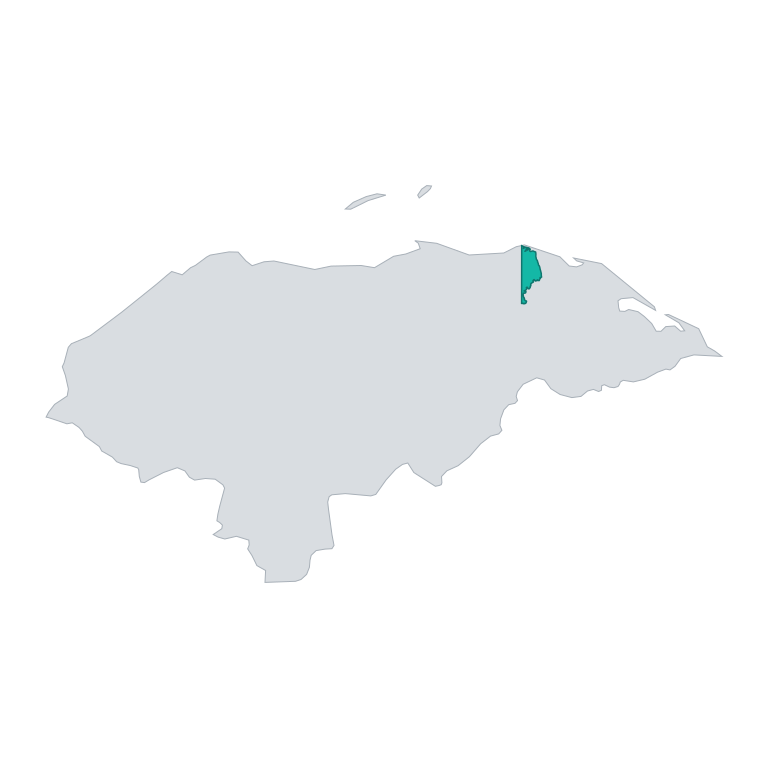 Juan Francisco Bulnes, Gracias a Dios, Honduras (highlighted)
{"feature_id": "27666195B12686081930969", "entity_name": "Juan Francisco Bulnes", "entity_type": "district", "adm_level": 2, "iso_a3": "HND", "parent_name": "Honduras", "parent_adm1": "Gracias a Dios", "projection": "orthographic", "projection_center": [-84.929, 15.724], "detail": "fine", "context": "in_parent", "style": "filled", "palette": "teal", "viewbox_px": 768, "rotation_deg": 0, "n_neighbors": 0, "source": "geoboundaries", "source_scale": "gbopen_adm2", "svg_char_len": 6801}
<svg xmlns="http://www.w3.org/2000/svg" viewBox="0 0 768 768"><path d="M721.9,356.4L693.9,354.9L680.7,358.5L675.0,366.3L670.0,369.9L665.9,369.1L657.5,372.2L644.8,379.2L633.4,381.9L623.2,380.3L620.3,382.0L619.5,384.3L618.0,386.5L614.0,387.7L609.5,387.1L604.4,384.7L601.7,385.7L601.4,390.3L598.6,391.5L593.4,389.4L587.5,391.0L581.0,396.4L571.9,397.6L560.1,394.5L550.9,388.7L544.5,380.0L536.7,377.8L523.1,384.3L517.4,391.8L516.2,396.4L517.5,400.6L515.0,403.3L508.7,404.7L503.9,409.8L500.6,418.7L499.9,425.5L501.9,430.3L498.7,433.9L490.5,436.1L480.7,443.7L469.4,456.7L458.1,465.7L446.9,470.8L441.5,476.5L441.9,482.8L441.2,484.7L439.1,485.5L435.4,486.3L413.9,472.6L407.8,463.0L402.5,464.4L395.7,469.2L386.1,479.9L375.8,494.4L370.8,495.9L345.3,493.6L331.8,494.8L329.1,496.7L327.7,502.0L328.5,509.2L332.0,534.9L334.0,545.4L331.9,548.7L325.0,549.1L316.1,550.6L311.2,555.3L310.0,560.3L309.4,567.3L306.6,574.4L301.0,579.5L295.5,581.3L265.0,582.4L265.6,570.5L256.9,565.6L252.0,555.6L247.7,548.9L249.2,544.9L248.8,540.1L236.4,536.3L224.8,539.0L218.1,537.1L213.2,534.5L221.8,528.7L222.4,525.1L219.7,522.5L216.9,520.8L217.9,514.1L219.7,506.3L224.6,488.1L222.9,484.8L215.2,479.2L205.4,478.5L194.6,480.1L189.4,477.2L184.9,470.9L177.3,467.7L163.5,472.5L149.0,479.9L144.5,482.6L140.9,482.1L139.3,476.4L138.7,469.7L137.8,468.0L130.2,465.5L121.2,463.6L116.6,461.7L112.4,457.1L101.7,451.0L99.4,446.6L85.2,436.3L82.4,431.2L79.1,427.5L72.3,422.8L66.9,423.8L48.8,417.7L46.1,417.1L48.7,412.1L54.6,404.4L67.2,396.0L68.4,389.0L65.4,375.5L62.3,366.7L64.1,362.9L68.3,347.3L71.4,343.7L89.6,336.1L91.3,335.0L105.7,324.2L121.7,312.2L138.3,298.9L156.8,284.0L167.0,275.3L171.7,271.5L182.2,274.8L190.6,267.7L195.4,265.4L206.7,257.0L210.2,255.1L229.0,251.9L238.1,252.1L245.9,260.9L252.1,265.7L264.0,261.8L273.9,261.0L314.8,269.5L331.1,266.1L361.1,265.5L374.5,267.7L393.6,256.3L405.8,254.0L420.2,248.7L418.3,243.2L414.8,240.7L436.7,243.3L469.1,255.0L503.8,253.0L516.3,246.7L524.4,244.9L559.9,256.8L569.2,266.0L576.6,266.9L582.2,264.8L583.7,262.9L576.7,260.9L573.6,258.0L601.6,263.6L654.4,306.8L655.6,310.4L633.0,297.6L621.1,298.7L618.0,300.8L618.7,307.8L619.8,311.1L624.9,311.4L628.7,309.5L638.0,311.7L644.2,316.4L651.7,323.5L656.2,331.2L661.0,331.3L665.8,326.6L674.7,326.0L680.6,331.2L684.7,330.8L678.9,322.8L665.3,314.8L668.5,314.5L698.7,328.7L707.3,346.8L714.5,350.9L721.9,356.4ZM368.1,200.6L350.7,209.2L345.3,209.0L353.3,202.3L366.2,196.6L377.0,193.8L385.9,195.1L368.1,200.6ZM427.5,191.6L419.2,198.0L417.7,195.1L421.7,189.1L426.7,185.6L431.5,186.0L430.4,188.6L427.5,191.6Z" fill="#d9dde1" stroke="#a8b0b8" stroke-width="1"/><path d="M535.6,252.0L535.4,251.9L535.0,251.8L534.6,251.7L534.2,251.5L533.5,251.2L533.2,251.0L532.8,251.0L532.5,251.0L532.2,251.1L531.9,251.2L531.5,251.3L531.1,251.4L530.8,251.4L530.5,251.5L530.2,251.3L529.9,251.2L529.7,251.0L529.7,250.8L529.7,250.5L529.7,250.3L529.8,249.9L530.1,249.5L530.2,249.2L529.9,248.9L529.7,249.0L529.4,249.2L529.2,249.1L528.7,249.1L528.3,249.0L528.1,249.0L527.9,248.9L527.7,248.8L527.5,249.0L527.6,249.3L527.6,249.6L527.7,249.9L527.6,250.0L527.4,249.8L527.2,249.7L526.7,249.9L526.5,250.0L526.3,250.2L526.1,250.5L526.0,250.8L525.9,250.8L525.9,250.6L525.7,250.7L525.6,250.8L525.5,251.0L525.3,251.2L525.1,251.2L525.2,250.9L525.3,250.8L525.5,250.7L525.7,250.4L525.8,250.2L526.0,249.9L526.3,249.7L526.5,249.3L526.7,249.0L526.8,248.8L526.9,248.7L526.7,248.3L526.6,248.1L526.3,247.8L526.0,247.7L525.7,247.6L525.3,247.5L524.9,247.5L524.6,247.4L524.3,247.4L524.1,247.4L523.9,247.5L524.0,247.7L524.0,247.8L523.9,248.0L523.7,248.3L523.5,248.2L523.7,247.8L523.7,247.6L523.7,247.4L523.9,247.2L524.4,247.2L524.7,247.2L525.2,247.3L525.8,247.4L526.2,247.6L526.6,247.9L526.8,248.0L527.1,248.1L527.5,248.2L528.0,248.5L528.5,248.6L529.0,248.7L529.4,248.9L529.5,248.8L529.6,248.7L529.5,248.4L529.2,248.2L528.8,248.0L528.5,247.8L528.0,247.8L527.4,247.7L527.0,247.5L526.5,247.4L526.1,247.3L525.7,247.3L524.9,247.0L524.3,246.9L523.5,246.6L522.6,246.1L521.7,245.7L521.6,304.0L521.7,303.8L521.8,303.7L522.0,303.4L522.3,303.3L522.7,303.3L522.8,303.4L523.0,303.4L523.0,303.5L523.4,303.6L523.5,303.6L523.8,303.8L524.1,303.8L524.2,303.6L524.3,303.6L524.4,303.4L524.5,303.4L524.6,303.5L524.8,303.5L525.1,303.5L525.2,303.4L525.4,303.4L525.5,303.4L525.8,303.2L525.9,302.8L526.1,302.5L526.2,302.4L526.3,302.2L526.4,301.8L526.5,301.6L526.5,301.4L526.5,301.2L526.4,301.1L526.2,300.9L525.9,300.9L525.7,300.9L525.3,300.7L525.2,300.6L525.1,300.4L524.9,300.1L524.5,299.9L524.4,299.8L524.4,299.7L524.3,299.4L524.4,299.2L524.5,299.2L524.5,298.9L524.4,298.6L524.3,298.4L524.1,298.0L524.1,297.9L523.9,297.9L523.7,297.7L523.7,297.2L523.5,296.8L523.4,296.5L523.4,296.3L523.3,296.2L523.3,295.9L523.3,295.7L523.2,295.4L523.1,295.1L523.1,294.9L523.1,294.6L523.2,294.4L523.3,293.9L523.4,293.7L523.5,293.4L523.5,293.2L523.8,293.1L524.0,293.0L524.3,293.1L524.6,293.2L524.8,293.1L525.0,293.0L525.3,293.0L525.5,292.9L525.6,292.7L525.8,292.4L525.8,292.2L525.8,291.9L525.9,291.6L525.5,291.3L525.3,291.3L525.1,291.2L524.6,291.2L524.4,291.2L524.2,291.1L524.2,290.9L524.3,290.8L524.3,290.7L524.5,290.7L524.8,290.6L525.0,290.5L525.3,290.3L525.4,290.2L525.5,290.1L525.8,290.0L526.1,289.8L526.3,289.6L526.4,289.4L526.6,289.1L526.6,288.9L526.6,288.7L526.6,288.4L526.5,288.1L526.4,287.9L526.4,287.7L526.7,287.6L526.8,287.5L526.9,287.4L527.0,287.2L527.2,287.3L527.3,287.3L527.5,287.5L527.5,287.9L527.6,288.0L527.9,288.2L528.0,288.3L528.2,288.6L528.4,288.7L528.5,288.7L528.6,288.8L528.9,288.9L529.0,288.9L529.3,288.7L529.7,288.1L529.8,287.9L530.1,287.7L530.2,287.4L530.2,286.4L530.3,286.3L530.5,286.1L530.8,285.8L530.8,285.2L530.7,285.1L530.7,284.9L530.8,284.7L530.8,284.3L530.8,284.2L530.9,283.9L530.9,283.7L531.0,283.6L531.3,283.3L531.5,283.3L531.9,283.0L532.0,282.8L532.1,282.7L532.4,282.5L532.5,282.4L532.9,282.3L533.0,282.3L533.2,282.1L533.3,282.0L533.3,281.7L533.2,281.5L533.2,281.4L533.0,281.1L533.0,280.7L533.3,280.5L533.4,280.2L533.5,279.9L533.8,279.7L534.1,279.6L534.3,279.7L534.3,279.8L534.5,280.0L534.8,280.4L534.8,280.5L535.0,280.8L535.3,281.0L535.5,281.0L535.6,280.9L535.7,280.7L535.8,280.7L536.0,280.8L536.4,280.8L536.8,280.4L537.0,280.2L537.3,279.9L537.6,279.9L537.7,280.0L537.8,280.4L537.9,280.5L538.0,280.4L538.4,280.4L538.6,280.5L538.9,280.6L539.1,280.6L539.3,280.4L539.4,280.2L539.4,279.9L539.7,279.4L539.7,279.2L539.8,278.9L540.0,278.6L540.3,278.4L540.5,278.2L540.5,277.9L540.4,277.9L540.3,277.7L540.5,277.7L540.8,277.4L541.1,277.3L541.2,277.2L541.4,277.0L541.5,277.0L541.5,276.9L541.5,276.6L541.5,276.4L541.4,276.2L541.3,274.8L541.3,273.5L541.0,272.4L540.6,270.7L540.2,269.4L540.0,268.5L539.7,267.0L539.3,265.9L538.6,265.2L538.1,263.0L537.6,262.2L537.6,261.3L537.1,260.2L536.4,259.3L536.2,258.1L536.0,257.2L535.8,256.5L535.9,254.1L535.8,253.1L535.7,252.4L535.6,252.0Z" fill="#14b8a6" stroke="#0f766e" stroke-width="1.5"/></svg>